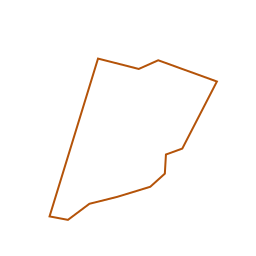 an SVG outline of Saint John Capesterre, rotated 256°
{"feature_id": "KNA-5104", "entity_name": "Saint John Capesterre", "entity_type": "Parish", "adm_level": 1, "iso_a3": "KNA", "parent_name": "Saint Kitts and Nevis", "parent_adm1": "", "projection": "albers", "projection_center": [-62.805, 17.383], "detail": "fine", "context": "isolated", "style": "outline", "palette": "amber", "viewbox_px": 256, "rotation_deg": 256, "n_neighbors": 0, "source": "natural_earth", "source_scale": "10m", "svg_char_len": 309}
<svg xmlns="http://www.w3.org/2000/svg" viewBox="0 0 256 256"><g transform="rotate(256 128 128)"><path d="M53.4,47.5L61.2,30.5L202.6,115.7L182.7,152.7L186.4,173.7L151.6,225.5L94.9,175.7L93.1,158.4L74.8,152.7L65.6,135.4L63.8,100.9L63.8,72.2L53.4,47.5Z" fill="none" stroke="#b45309" stroke-width="2"/></g></svg>